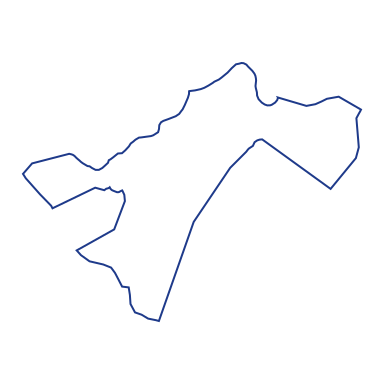 La Fargue, Choiseul, Saint Lucia
{"feature_id": "8701671B39771319698243", "entity_name": "La Fargue", "entity_type": "district", "adm_level": 2, "iso_a3": "LCA", "parent_name": "Saint Lucia", "parent_adm1": "Choiseul", "projection": "natural_earth1", "projection_center": [-61.043, 13.771], "detail": "fine", "context": "isolated", "style": "outline", "palette": "blue", "viewbox_px": 384, "rotation_deg": 0, "n_neighbors": 0, "source": "geoboundaries", "source_scale": "gbopen_adm2", "svg_char_len": 2062}
<svg xmlns="http://www.w3.org/2000/svg" viewBox="0 0 384 384"><path d="M76.7,250.4L81.0,255.2L89.5,261.3L103.3,264.5L111.1,267.6L115.0,272.9L118.2,279.0L122.1,286.6L128.7,287.4L129.9,295.0L130.5,304.0L135.0,312.4L141.6,314.7L148.1,318.6L156.0,320.2L158.9,321.0L193.7,221.9L230.2,167.8L242.6,155.4L246.2,151.8L247.8,149.7L248.8,148.6L250.6,147.4L252.9,145.9L254.1,143.3L254.6,142.2L257.2,140.4L259.7,139.6L262.2,139.4L330.6,188.9L355.9,158.1L358.8,147.3L356.4,118.2L359.2,113.0L360.2,111.3L361.0,109.6L338.7,96.7L326.9,98.8L321.5,101.5L315.4,104.2L306.4,105.9L277.9,97.5L278.0,97.7L277.2,100.1L275.1,102.6L271.7,104.8L270.2,105.3L267.3,105.4L264.7,104.5L261.8,102.6L258.6,99.2L257.1,95.6L256.9,92.3L255.8,88.0L255.5,86.0L256.1,80.5L255.9,78.3L255.4,75.8L254.4,73.6L252.4,70.9L248.0,66.5L246.4,64.6L243.6,63.2L241.5,63.0L239.0,63.7L236.0,64.3L231.7,68.2L227.6,72.6L221.5,77.6L218.8,79.6L214.3,81.7L212.9,82.8L208.4,85.6L204.3,87.8L200.8,89.1L195.0,90.4L190.1,91.0L189.4,91.1L189.1,91.2L189.0,94.1L187.9,97.8L184.8,105.0L183.6,107.4L182.6,109.4L181.3,111.0L179.2,113.9L176.5,115.7L175.8,116.2L168.3,119.1L163.3,120.9L161.0,122.3L159.3,125.1L159.0,129.0L158.1,132.2L153.2,135.3L151.2,136.0L150.8,136.1L146.4,136.7L141.4,137.4L139.0,137.6L135.6,139.6L134.6,140.4L133.4,141.5L130.7,143.5L128.9,146.4L125.3,150.3L122.0,153.2L117.9,153.5L113.2,157.3L112.0,158.2L110.4,159.4L110.0,159.6L108.8,160.2L108.0,162.8L104.9,165.7L102.3,168.0L98.8,169.9L95.6,169.9L92.0,168.0L89.6,166.3L87.8,166.1L87.4,166.0L85.7,165.0L82.7,163.2L81.9,162.6L80.7,161.7L80.2,161.2L79.8,160.8L77.9,159.2L77.1,158.5L75.8,157.3L75.0,156.4L73.9,155.5L73.6,155.3L73.4,155.2L72.8,154.8L71.3,154.3L69.1,153.8L68.9,153.9L32.1,163.4L23.0,173.9L25.8,178.3L40.1,194.4L51.2,205.8L52.5,208.3L95.2,187.7L104.3,190.2L106.3,188.7L107.7,188.4L108.9,187.9L109.5,187.5L109.7,187.3L110.5,188.8L111.6,189.9L112.5,190.4L114.7,191.3L117.0,192.2L118.3,192.2L119.1,192.0L120.5,191.2L122.2,190.4L122.4,190.7L124.3,194.8L124.9,201.1L121.6,209.8L114.2,229.4L76.7,250.4Z" fill="none" stroke="#1e3a8a" stroke-width="2"/></svg>